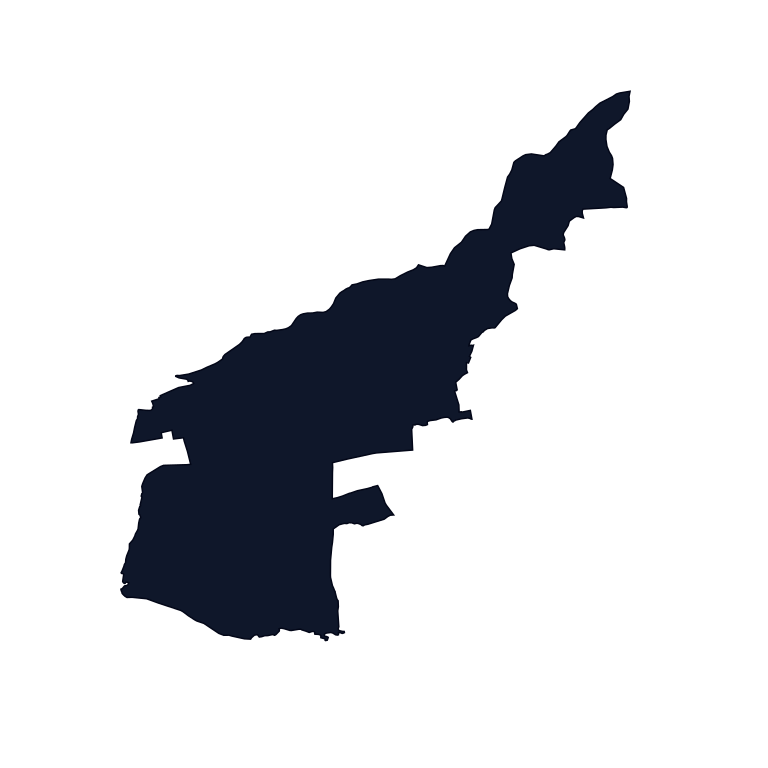 Solovastru, Mures, Romania, rotated 349°
{"feature_id": "2599482B7590824952903", "entity_name": "Solovastru", "entity_type": "district", "adm_level": 2, "iso_a3": "ROU", "parent_name": "Romania", "parent_adm1": "Mures", "projection": "equal_earth", "projection_center": [24.78, 46.783], "detail": "fine", "context": "isolated", "style": "filled", "palette": "ink", "viewbox_px": 768, "rotation_deg": 349, "n_neighbors": 0, "source": "geoboundaries", "source_scale": "gbopen_adm2", "svg_char_len": 6139}
<svg xmlns="http://www.w3.org/2000/svg" viewBox="0 0 768 768"><g transform="rotate(349 384 384)"><path d="M297.7,619.3L296.0,618.9L292.9,617.5L292.3,616.3L292.4,615.3L293.3,613.7L295.3,597.9L296.7,593.9L297.6,588.0L296.9,586.7L296.6,584.8L296.3,579.0L296.4,578.2L296.0,577.5L295.6,574.9L294.9,572.1L294.6,563.7L294.9,561.6L297.9,546.8L301.5,534.4L303.2,529.6L305.5,521.8L306.5,516.6L313.1,513.6L317.0,513.3L319.0,513.3L320.2,513.8L321.3,513.9L323.2,513.5L325.9,514.1L328.3,515.6L330.8,515.5L332.1,516.0L334.4,517.4L335.5,518.8L336.5,519.2L338.1,518.6L341.5,518.6L358.5,516.7L362.4,514.8L365.1,514.0L368.5,514.4L363.2,503.5L362.3,500.9L361.0,491.2L358.4,482.5L353.2,482.8L352.6,483.1L347.7,483.5L337.5,483.7L330.4,484.7L329.1,484.7L321.8,486.1L316.4,486.7L311.3,486.8L316.5,461.2L317.7,456.1L318.4,451.4L333.2,450.7L359.3,450.1L363.3,450.2L399.5,454.3L402.5,433.8L404.1,431.6L404.5,430.0L404.8,429.8L406.0,429.7L406.5,430.2L407.3,429.8L408.7,429.8L410.5,430.3L413.9,432.2L417.0,432.5L418.9,432.1L419.1,429.8L419.6,429.2L420.3,428.9L422.4,428.7L428.3,429.1L433.8,428.3L436.7,428.3L439.6,428.6L440.9,429.2L442.5,430.8L443.5,433.3L444.1,434.3L444.5,434.5L444.9,433.8L446.0,433.7L447.7,433.1L453.4,432.9L459.8,433.3L461.6,434.1L462.9,435.1L463.6,435.3L463.7,426.4L454.7,426.5L454.7,426.1L452.4,425.8L453.5,418.8L451.9,404.2L453.9,404.3L454.7,403.7L454.7,396.0L458.6,393.7L462.5,390.8L464.8,389.8L468.1,388.8L467.7,386.5L467.7,384.6L467.9,384.5L468.3,382.6L469.0,378.7L470.9,379.5L474.2,374.4L473.1,373.2L476.5,368.6L479.2,363.0L478.5,363.1L476.8,362.5L474.6,362.6L475.1,361.4L477.7,357.4L479.8,356.7L483.5,356.1L485.7,355.5L489.9,352.1L491.4,351.7L492.7,350.6L496.2,349.3L500.9,349.5L503.0,350.0L503.8,349.9L511.7,343.4L516.1,340.5L527.1,336.8L529.3,335.5L529.1,330.9L527.8,329.6L525.6,328.1L523.9,326.3L522.6,323.8L522.0,321.8L522.4,318.9L525.8,311.3L530.0,304.3L530.9,300.9L534.6,291.4L533.4,285.3L533.6,279.6L543.4,277.2L552.8,276.0L557.9,276.5L569.3,282.5L570.8,283.5L572.0,283.8L576.4,283.6L587.0,286.8L587.4,285.1L587.5,283.4L587.4,279.9L587.7,278.9L588.8,277.5L589.1,276.5L589.0,274.7L588.4,272.1L588.6,271.0L589.4,269.5L594.9,263.7L597.0,259.5L602.2,257.0L604.6,256.2L606.9,256.7L611.5,259.1L611.2,254.3L611.6,251.8L612.7,250.3L635.4,253.4L640.5,253.8L643.3,254.6L652.0,255.9L655.5,257.2L656.3,257.1L656.6,256.3L656.8,251.4L657.5,248.1L656.7,236.8L645.2,225.4L649.0,217.4L650.7,212.3L651.4,206.1L650.9,203.2L649.4,199.4L648.2,193.3L648.5,186.3L649.4,182.0L651.6,177.1L654.1,176.1L659.6,173.1L666.8,169.7L670.8,165.0L675.9,160.7L678.8,153.4L679.4,148.4L681.4,143.6L670.9,143.3L667.4,143.7L663.4,145.5L649.5,149.5L644.8,152.1L641.3,154.4L636.5,156.8L626.2,164.7L621.3,169.4L620.1,170.0L615.8,170.3L614.8,171.1L611.2,174.9L609.8,175.9L602.0,179.6L598.2,183.2L591.4,188.6L588.1,189.6L586.7,189.7L584.7,190.6L572.6,186.3L566.8,185.9L564.0,186.6L555.6,190.0L553.8,191.2L550.3,198.3L547.5,201.9L544.8,204.4L540.1,214.0L535.2,224.7L534.1,226.8L526.8,232.1L525.5,234.2L520.2,247.6L516.6,252.1L515.0,252.1L505.4,250.4L501.6,250.4L497.7,251.2L492.2,254.5L487.1,259.6L479.2,263.7L474.1,268.7L466.0,279.9L464.7,279.0L462.0,278.6L453.2,278.5L448.3,277.9L440.6,273.6L438.1,276.1L434.5,277.5L428.6,278.6L420.7,280.8L415.0,282.9L411.4,282.7L408.3,281.9L398.3,280.0L389.0,279.6L382.6,279.7L376.5,280.6L371.5,280.6L369.5,282.2L368.1,282.9L366.8,283.0L364.6,283.6L361.6,285.0L361.1,285.0L358.1,286.3L353.1,290.4L349.8,295.5L347.1,298.2L344.8,300.1L341.0,301.9L337.9,302.1L332.1,300.7L327.4,300.7L322.4,299.8L318.1,299.7L315.4,300.1L312.6,301.3L310.3,303.0L304.3,309.0L301.0,310.5L298.2,311.1L294.9,311.2L289.0,310.9L286.7,310.3L282.1,311.1L279.8,310.7L276.1,311.6L266.9,309.9L263.5,309.9L261.2,312.6L259.9,312.1L257.7,311.9L256.4,312.3L255.3,312.9L254.6,313.8L252.5,315.7L249.6,317.6L233.5,324.7L231.5,326.3L230.8,327.4L230.5,328.3L229.7,328.9L224.7,331.1L221.8,332.0L213.3,333.8L207.4,335.4L194.1,337.0L184.8,336.7L182.5,336.1L181.2,336.2L181.0,336.8L184.0,338.9L191.1,341.6L192.1,342.6L192.3,344.1L193.9,344.0L196.0,344.9L197.1,346.1L197.3,347.2L193.4,348.3L181.7,348.3L162.2,352.7L162.5,353.9L160.5,354.3L160.3,355.6L152.7,356.5L153.3,359.0L153.5,362.1L152.3,362.6L152.3,363.5L151.8,364.4L150.7,365.2L149.2,365.3L145.2,364.4L138.4,362.3L137.7,362.7L137.3,363.9L137.2,366.9L135.9,369.0L135.4,371.1L134.1,372.4L133.7,373.1L131.0,378.9L128.8,384.3L125.8,390.0L124.4,393.4L125.6,393.7L133.1,394.2L155.9,394.6L156.0,389.3L167.0,388.9L166.9,397.8L176.9,398.5L177.0,402.0L178.2,412.5L178.9,426.0L175.0,425.6L152.1,421.8L148.8,422.4L134.2,427.9L131.6,430.6L128.2,435.6L126.7,438.3L126.3,444.6L125.8,445.4L125.4,445.4L124.4,447.4L124.3,448.2L124.9,448.7L121.6,456.1L121.8,457.0L120.9,457.6L119.0,461.1L118.6,465.1L119.5,466.3L119.7,468.4L119.5,469.1L118.8,469.4L118.2,470.2L116.7,473.7L115.0,479.2L114.2,480.5L111.4,483.8L110.4,485.7L107.6,489.3L103.6,492.4L102.7,496.6L102.2,498.1L98.7,503.5L97.1,506.8L96.2,510.1L94.8,511.5L93.8,513.5L90.9,518.0L90.0,519.0L90.1,519.7L90.3,519.9L92.0,520.6L92.2,521.1L89.8,527.9L90.0,528.8L90.8,530.0L91.3,530.3L91.8,530.3L92.7,529.3L93.2,529.3L95.5,530.3L94.4,532.1L93.5,532.6L90.7,532.7L88.4,534.6L87.4,535.1L86.6,535.2L86.6,536.6L87.0,538.5L87.0,539.6L88.1,541.4L89.3,543.0L91.0,544.5L96.0,545.3L110.0,549.5L120.8,556.0L141.3,567.5L143.3,569.2L147.8,574.2L153.2,579.4L155.0,580.9L161.5,584.6L174.3,597.3L178.8,600.1L183.9,601.0L186.6,602.4L198.4,607.5L204.4,609.0L205.5,607.8L208.9,605.8L211.9,605.9L213.3,608.6L215.8,608.7L218.8,608.3L221.9,608.8L226.1,608.7L227.6,608.9L228.3,609.7L228.8,609.8L230.1,609.3L234.0,606.6L234.3,605.7L234.3,604.2L236.4,604.0L239.2,605.1L244.7,608.0L246.1,608.3L253.7,608.5L255.3,608.8L255.7,608.9L256.3,609.6L260.0,611.6L263.2,613.6L266.6,613.2L268.4,613.9L268.7,614.6L268.3,615.9L268.4,616.4L272.0,617.3L273.5,618.2L274.0,618.8L273.6,621.0L277.3,622.8L277.4,623.2L277.3,624.4L277.6,624.7L279.4,624.7L280.9,622.2L280.8,621.9L279.4,620.9L277.8,620.3L277.5,619.8L277.7,618.3L279.0,617.7L280.1,617.5L284.4,617.8L286.1,618.6L288.7,621.0L290.4,621.6L291.4,621.5L291.9,619.4L293.9,619.9L295.2,620.8L296.0,620.9L297.7,620.5L297.7,619.3Z" fill="#0f172a" stroke="#020617" stroke-width="1.5"/></g></svg>